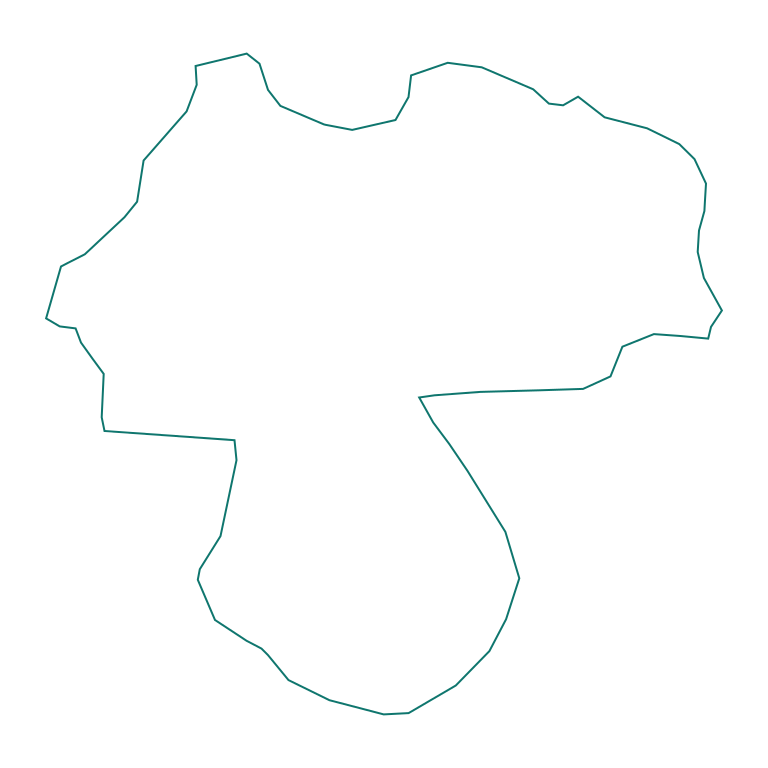 the district of Aragats, Aragatsotn, Armenia
{"feature_id": "60910142B99974391467530", "entity_name": "Aragats", "entity_type": "district", "adm_level": 2, "iso_a3": "ARM", "parent_name": "Armenia", "parent_adm1": "Aragatsotn", "projection": "albers", "projection_center": [44.244, 40.628], "detail": "fine", "context": "isolated", "style": "outline", "palette": "teal", "viewbox_px": 768, "rotation_deg": 0, "n_neighbors": 0, "source": "geoboundaries", "source_scale": "gbopen_adm2", "svg_char_len": 1089}
<svg xmlns="http://www.w3.org/2000/svg" viewBox="0 0 768 768"><path d="M195.6,66.0L196.7,84.8L186.6,111.4L173.8,126.0L154.9,147.6L143.6,160.5L137.1,201.7L124.5,217.2L84.8,254.3L67.7,263.0L61.0,266.5L46.1,318.4L59.7,326.4L75.6,328.4L81.0,342.6L92.6,358.8L103.7,373.9L101.7,417.3L104.5,431.0L234.5,440.2L236.5,460.2L220.5,536.1L199.8,569.2L197.8,579.8L215.0,620.0L246.6,640.8L261.5,648.6L264.9,652.0L267.9,655.0L288.5,680.1L329.4,700.2L383.7,714.4L408.6,713.1L455.8,685.5L489.4,651.1L506.1,619.2L519.3,578.3L505.4,531.9L467.5,470.9L449.2,443.9L433.2,422.5L419.2,397.5L434.5,395.3L480.3,391.9L539.3,390.3L583.1,388.9L610.5,376.4L622.4,346.7L653.9,334.1L680.4,336.0L708.2,338.6L711.0,326.9L721.9,310.5L703.9,278.0L697.7,252.0L699.0,230.5L704.4,211.0L704.9,201.9L706.0,183.6L694.5,159.1L679.3,144.1L647.1,128.3L604.6,117.3L580.7,98.7L578.1,96.7L563.1,105.3L548.9,103.6L533.2,89.3L481.7,67.3L447.7,62.8L411.1,75.4L408.5,97.2L408.1,97.8L395.5,120.0L352.2,129.9L325.5,124.8L323.9,124.4L280.4,105.9L268.0,89.9L259.5,63.7L246.7,53.6L195.6,66.0Z" fill="none" stroke="#0f766e" stroke-width="2"/></svg>